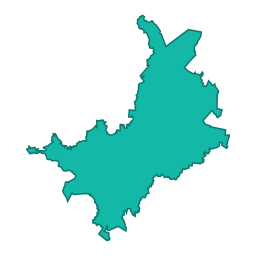 Centro, Tabasco, Mexico (Natural Earth projection)
{"feature_id": "50627088B91103141200300", "entity_name": "Centro", "entity_type": "district", "adm_level": 2, "iso_a3": "MEX", "parent_name": "Mexico", "parent_adm1": "Tabasco", "projection": "natural_earth1", "projection_center": [-92.965, 18.027], "detail": "fine", "context": "isolated", "style": "filled", "palette": "teal", "viewbox_px": 256, "rotation_deg": 0, "n_neighbors": 0, "source": "geoboundaries", "source_scale": "gbopen_adm2", "svg_char_len": 5855}
<svg xmlns="http://www.w3.org/2000/svg" viewBox="0 0 256 256"><path d="M67.7,201.4L72.0,192.9L72.9,194.0L74.2,194.6L85.0,193.5L89.7,194.1L89.3,194.8L90.3,195.6L90.6,194.7L95.1,200.2L94.5,202.1L96.6,204.2L96.9,206.0L97.8,206.4L96.9,208.2L98.0,208.9L98.0,210.0L98.9,209.7L99.2,210.2L98.6,211.1L99.2,211.6L98.6,211.4L98.3,212.1L97.1,212.7L97.6,213.1L97.2,214.0L98.0,214.3L97.8,214.9L97.1,215.0L96.7,216.3L95.6,216.8L95.7,217.7L94.7,217.8L94.9,218.4L94.4,219.5L92.7,220.0L93.2,221.4L92.8,222.7L93.3,223.2L94.1,222.9L95.8,223.4L96.1,224.6L97.1,225.5L98.2,224.4L99.2,224.4L101.4,225.8L101.5,226.1L101.0,226.6L103.1,227.8L98.8,234.1L107.0,240.6L107.9,239.8L108.9,240.2L109.9,238.6L109.1,237.6L108.7,232.9L104.2,231.5L105.7,229.7L107.0,225.9L107.3,226.2L107.2,229.3L107.9,230.4L109.1,230.3L118.4,226.4L125.9,231.0L126.2,227.7L125.0,225.7L125.1,224.2L123.3,219.4L121.8,218.2L122.3,217.4L122.3,215.4L124.5,214.8L123.7,210.9L125.3,210.4L126.5,213.0L127.5,208.6L129.7,208.8L130.4,209.2L131.0,210.6L130.7,211.2L131.3,211.6L132.8,214.8L133.3,214.3L133.9,215.6L135.3,216.3L135.1,214.5L134.5,214.5L135.3,213.3L135.1,212.2L136.9,213.0L137.6,212.5L137.7,211.3L138.7,212.0L139.3,211.4L139.0,209.8L139.7,208.8L139.4,207.6L138.1,206.4L138.8,205.7L138.5,204.5L139.6,203.2L139.4,201.5L141.1,199.8L140.9,198.3L142.7,197.6L143.2,196.7L144.9,197.7L145.7,196.7L146.6,193.7L148.9,193.4L147.8,187.9L149.4,187.8L149.4,186.3L149.8,186.1L151.4,186.5L151.5,184.1L152.0,183.6L152.6,184.1L153.1,181.9L152.8,181.5L153.9,180.8L152.4,178.5L156.8,174.5L157.7,176.4L160.7,176.3L161.8,174.4L163.5,175.4L164.4,177.5L166.0,176.8L167.7,177.5L168.3,176.7L169.1,177.0L169.6,178.6L170.8,178.8L171.0,179.4L172.0,179.4L173.4,178.5L174.3,178.7L174.6,179.5L176.3,179.5L177.5,176.9L178.5,176.8L179.6,175.6L179.7,173.6L180.3,172.7L181.7,172.9L181.8,171.3L182.4,171.1L182.4,169.0L182.9,168.5L183.4,169.1L185.5,169.3L186.8,168.4L188.4,168.2L188.5,167.4L189.0,167.5L189.1,165.4L192.1,165.9L192.6,162.9L200.6,163.7L201.4,162.5L202.3,162.7L202.7,161.9L203.5,162.1L203.8,160.6L203.5,160.9L202.8,159.8L203.3,159.7L202.3,158.0L205.6,155.9L203.6,153.8L204.5,153.0L204.2,152.5L204.7,152.1L204.9,152.8L205.3,152.1L206.4,153.0L206.2,154.0L208.0,153.1L208.4,153.5L209.8,151.3L209.1,148.7L209.9,148.0L210.8,149.1L217.4,147.4L219.4,145.7L219.7,142.4L222.3,142.7L221.8,145.2L226.4,148.3L227.0,148.0L227.6,146.6L226.5,144.6L227.5,143.2L227.7,140.6L229.2,136.6L229.3,135.0L225.2,135.3L225.6,129.9L210.1,126.7L210.5,126.0L205.2,124.2L203.0,120.7L212.0,110.5L212.7,111.1L213.9,113.5L215.8,114.6L217.1,117.4L217.6,117.6L220.6,115.5L222.0,109.7L216.9,108.6L217.4,93.5L218.4,92.5L218.5,91.0L215.1,86.2L214.8,84.0L212.8,85.6L208.7,80.8L206.4,86.3L203.0,85.7L202.8,84.5L203.4,83.4L201.7,82.1L202.1,80.3L200.4,77.9L200.8,77.0L202.6,75.6L202.6,73.9L203.1,73.5L202.2,72.1L200.3,75.1L195.2,73.6L195.1,72.7L194.8,73.2L192.4,73.7L191.4,72.7L188.1,71.1L184.4,67.7L191.2,59.6L195.6,55.2L195.0,51.1L194.1,51.0L194.5,46.4L197.2,43.5L197.6,41.3L199.3,39.1L200.8,35.7L201.4,32.1L188.5,29.6L166.0,46.5L161.2,34.0L159.7,33.1L160.3,31.3L159.9,30.4L156.4,25.3L153.8,23.5L152.9,21.5L152.0,20.8L150.1,22.0L148.4,22.3L147.2,21.9L146.5,20.7L144.6,20.5L143.5,19.0L144.5,16.8L142.6,15.4L141.7,15.7L141.1,16.8L140.0,16.7L138.7,18.9L137.5,19.6L137.7,21.4L137.2,23.3L139.1,26.2L138.7,27.6L140.1,28.9L141.6,28.9L144.0,30.3L144.0,32.9L145.9,32.3L146.8,33.0L149.5,39.8L148.6,43.8L148.8,45.1L149.8,46.1L149.7,47.8L151.0,48.2L153.2,48.1L153.6,50.4L153.2,51.9L154.5,53.1L150.8,55.9L150.3,57.3L148.7,59.3L147.0,60.0L147.5,64.4L147.1,65.3L149.1,65.7L140.3,75.7L143.9,76.4L142.9,77.3L141.1,77.6L144.0,81.0L143.5,81.9L141.1,83.2L139.5,83.5L138.7,84.5L138.4,88.6L138.7,89.7L137.8,91.4L137.7,93.7L136.2,95.3L137.5,97.5L136.5,98.1L136.6,99.4L135.7,101.0L134.5,101.7L135.2,102.3L134.7,103.8L135.7,105.9L135.1,107.2L135.5,108.7L134.9,110.5L129.3,109.9L128.7,116.9L131.4,117.3L131.6,116.3L132.3,115.9L133.5,118.2L132.4,120.7L131.2,121.1L131.3,122.7L130.3,122.5L129.7,123.1L129.4,124.0L129.8,125.3L128.9,125.7L127.8,124.3L126.5,125.1L127.1,127.8L125.0,128.1L123.8,125.1L123.0,125.9L123.0,124.8L121.6,125.0L121.5,124.3L120.1,124.6L120.1,130.8L116.9,129.9L116.5,130.6L116.7,132.8L115.7,132.6L115.6,133.3L111.8,135.0L110.1,135.1L107.9,133.8L107.1,133.8L106.8,133.2L107.4,132.5L106.0,130.6L106.0,129.3L106.1,128.1L106.8,127.9L106.8,125.6L105.0,125.4L104.1,123.8L104.7,123.8L105.9,122.2L102.8,121.1L103.3,120.3L101.7,120.0L99.5,120.8L96.8,120.5L97.0,128.4L95.8,125.6L92.7,129.1L89.2,131.0L86.8,131.2L87.5,132.7L86.8,133.1L86.7,136.2L85.8,137.0L86.2,137.9L85.9,138.7L86.7,139.4L86.1,141.1L83.9,140.6L80.6,141.8L79.3,141.4L78.8,142.6L77.6,142.8L76.6,143.9L76.6,145.8L75.2,145.7L74.2,146.9L73.3,146.1L72.3,147.1L69.9,146.4L69.9,146.9L71.0,148.0L71.3,149.0L71.0,149.4L69.8,148.2L67.5,149.2L67.4,148.6L68.1,147.4L67.1,147.4L66.3,145.8L65.3,145.7L64.4,147.0L64.0,145.5L61.6,145.4L61.3,144.6L61.8,143.9L61.6,143.3L60.2,143.4L61.4,142.4L61.2,141.5L57.9,138.6L55.5,134.0L54.6,133.7L54.2,134.0L54.6,136.1L54.0,136.0L53.5,134.9L53.8,134.2L53.3,133.8L53.3,135.5L52.0,136.8L52.1,138.6L51.5,140.6L52.4,141.8L53.2,141.7L53.1,142.1L49.4,144.4L48.5,145.9L45.4,146.4L43.4,147.6L43.6,148.4L45.4,148.4L46.4,149.6L45.2,150.8L36.5,150.7L38.0,149.0L35.6,149.1L34.8,147.4L30.8,148.2L29.4,146.3L28.7,146.3L29.1,148.0L26.7,149.3L29.9,153.8L31.1,153.1L32.2,153.5L33.1,152.6L36.5,153.5L37.2,153.0L37.8,153.2L39.9,151.8L41.9,153.4L44.5,153.4L45.6,154.3L47.2,159.1L48.5,159.6L50.4,159.3L52.0,160.9L54.9,160.5L57.4,161.0L58.8,162.0L58.8,164.2L58.2,165.0L58.5,166.4L61.2,167.0L62.7,169.8L63.6,170.7L65.7,171.1L67.9,170.3L70.9,170.9L72.2,171.4L72.0,172.4L73.3,173.1L73.7,174.1L75.3,174.6L75.6,176.2L74.9,178.3L68.9,181.9L68.3,181.7L68.1,182.3L66.0,181.9L65.3,182.7L65.0,184.9L65.3,185.1L63.5,188.3L63.3,190.4L62.8,190.6L63.6,193.3L66.3,197.2L67.7,201.4Z" fill="#14b8a6" stroke="#0f766e" stroke-width="1.5"/></svg>